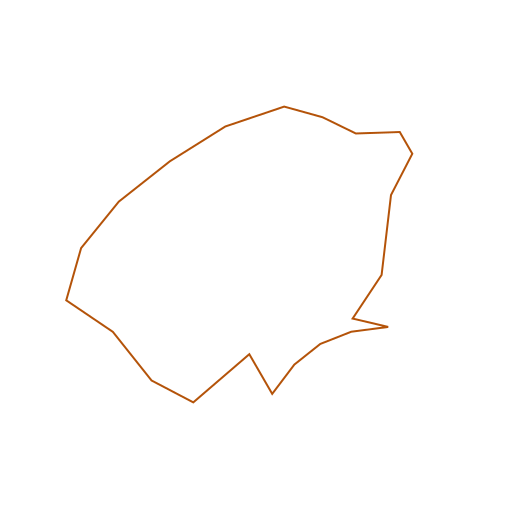 SVG path tracing the border of Brava, rotated 240°
{"feature_id": "CPV-5041", "entity_name": "Brava", "entity_type": "state/province", "adm_level": 1, "iso_a3": "CPV", "parent_name": "Cabo Verde", "parent_adm1": "", "projection": "robinson", "projection_center": [-24.723, 14.852], "detail": "fine", "context": "isolated", "style": "outline", "palette": "amber", "viewbox_px": 512, "rotation_deg": 240, "n_neighbors": 0, "source": "natural_earth", "source_scale": "10m", "svg_char_len": 439}
<svg xmlns="http://www.w3.org/2000/svg" viewBox="0 0 512 512"><g transform="rotate(240 256 256)"><path d="M312.5,69.5L350.3,108.5L371.7,164.4L381.1,228.8L383.5,294.2L371.3,355.1L342.9,383.0L312.2,403.7L291.5,442.5L266.4,442.5L241.3,403.4L176.8,355.3L153.5,308.4L128.5,335.0L142.8,300.6L147.7,267.7L142.8,234.9L128.5,201.1L174.3,201.1L160.6,128.5L200.4,103.3L261.9,94.1L312.5,69.5Z" fill="none" stroke="#b45309" stroke-width="2"/></g></svg>